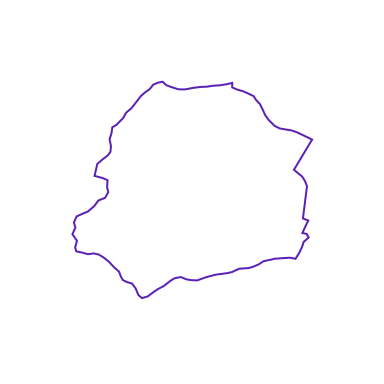 outline of Ribeirão do Sul, São Paulo, Brazil, rotated 238°
{"feature_id": "56859067B13844960730737", "entity_name": "Ribeirão do Sul", "entity_type": "district", "adm_level": 2, "iso_a3": "BRA", "parent_name": "Brazil", "parent_adm1": "São Paulo", "projection": "natural_earth1", "projection_center": [-49.921, -22.748], "detail": "fine", "context": "isolated", "style": "outline", "palette": "violet", "viewbox_px": 384, "rotation_deg": 238, "n_neighbors": 0, "source": "geoboundaries", "source_scale": "gbopen_adm2", "svg_char_len": 1553}
<svg xmlns="http://www.w3.org/2000/svg" viewBox="0 0 384 384"><g transform="rotate(238 192 192)"><path d="M80.5,244.4L83.8,251.1L87.0,256.1L90.5,260.3L91.6,266.8L95.7,267.0L98.7,263.9L102.4,269.4L106.2,275.5L110.8,272.1L136.0,292.6L141.2,293.6L146.7,293.6L156.8,290.2L172.8,321.6L182.9,315.3L187.3,312.4L191.1,309.4L195.9,304.0L199.4,300.1L204.1,297.2L212.4,295.2L218.6,294.8L224.8,295.7L230.6,296.2L235.9,295.1L240.6,295.1L247.2,290.9L251.0,288.2L254.5,284.9L259.4,281.5L263.2,283.9L265.2,278.1L268.0,271.6L271.3,265.5L273.3,260.7L276.3,255.4L279.7,248.2L282.7,240.4L286.3,234.9L291.9,230.1L296.4,226.7L301.0,225.6L302.8,221.0L303.5,215.9L301.7,210.8L301.4,205.3L300.5,199.7L298.8,195.1L295.1,184.9L294.2,178.2L291.3,173.1L288.9,163.3L289.1,158.7L284.5,154.9L280.6,150.2L273.7,147.5L269.4,144.2L267.7,140.3L267.1,133.8L266.0,126.6L262.4,123.0L257.3,117.9L251.1,123.7L246.8,126.6L241.0,122.5L236.3,121.0L233.1,115.2L234.4,108.2L231.9,101.7L230.6,93.7L231.7,86.8L232.4,81.2L228.8,75.7L223.7,74.3L219.5,68.2L211.6,68.6L206.9,63.5L203.0,62.4L198.9,66.7L194.4,70.8L192.0,76.1L188.5,79.7L183.6,82.2L176.8,84.6L169.5,86.0L163.1,87.9L157.6,86.8L153.8,86.8L149.7,89.4L146.3,92.6L140.0,93.1L132.9,91.9L128.4,93.5L126.9,99.3L127.6,107.6L127.7,112.1L127.2,118.2L128.1,126.6L128.1,131.4L125.8,137.5L121.1,140.8L118.0,144.2L114.3,149.5L112.4,158.4L109.2,168.6L107.0,173.4L104.6,178.7L102.9,183.5L102.0,191.2L97.5,199.7L96.3,203.8L95.3,209.8L95.4,216.2L93.1,222.2L91.6,226.7L87.5,234.5L84.4,240.2L80.5,244.4Z" fill="none" stroke="#5b21b6" stroke-width="2"/></g></svg>